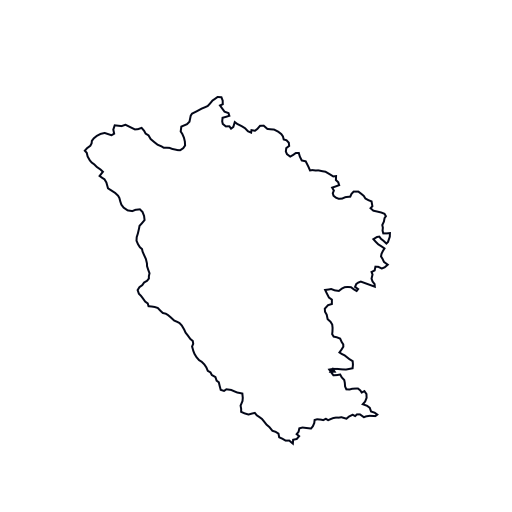 the district of Teixeira Soares, Paraná, Brazil, rotated 135°
{"feature_id": "56859067B67237420188697", "entity_name": "Teixeira Soares", "entity_type": "district", "adm_level": 2, "iso_a3": "BRA", "parent_name": "Brazil", "parent_adm1": "Paraná", "projection": "robinson", "projection_center": [-50.417, -25.31], "detail": "fine", "context": "isolated", "style": "outline", "palette": "ink", "viewbox_px": 512, "rotation_deg": 135, "n_neighbors": 0, "source": "geoboundaries", "source_scale": "gbopen_adm2", "svg_char_len": 5029}
<svg xmlns="http://www.w3.org/2000/svg" viewBox="0 0 512 512"><g transform="rotate(135 256 256)"><path d="M302.6,451.5L302.7,448.7L304.7,445.4L305.9,441.1L306.1,438.3L305.6,435.2L305.6,431.6L304.8,427.1L304.7,423.8L307.4,423.5L310.0,423.2L309.5,420.0L308.9,417.4L309.8,413.8L312.8,408.5L311.0,400.2L310.9,396.1L311.6,393.6L313.3,390.7L314.9,387.5L315.4,383.8L314.5,379.0L311.7,375.2L308.6,373.9L305.1,371.1L305.1,367.4L306.8,363.5L309.4,360.2L313.9,359.8L317.0,359.7L319.5,358.0L323.7,355.4L327.0,353.7L329.7,351.3L331.1,347.8L331.9,344.3L331.7,341.5L333.1,339.3L334.4,336.0L336.0,331.7L338.4,327.8L340.2,325.9L341.9,322.6L343.5,319.1L346.0,317.5L347.7,315.8L350.6,315.5L353.9,316.4L357.0,315.8L360.4,316.4L363.8,315.6L365.5,312.1L365.5,309.2L365.9,306.3L366.6,302.1L366.1,299.0L367.5,296.5L365.3,293.8L363.7,291.6L362.2,288.7L362.3,284.9L362.2,281.6L360.6,279.0L360.0,276.5L359.7,273.2L359.5,268.2L358.3,265.2L357.5,262.7L357.6,259.4L358.8,254.8L360.0,251.6L360.4,248.2L361.1,243.8L360.8,240.6L362.5,238.3L365.2,237.2L367.5,233.1L368.7,230.3L369.6,226.6L369.9,222.6L369.2,219.6L369.2,215.9L369.9,212.3L371.3,208.9L370.5,205.9L371.4,203.1L370.3,199.1L372.0,195.7L371.6,193.0L373.7,189.6L375.6,186.3L374.0,183.2L371.2,182.7L368.3,178.9L367.0,175.6L365.8,172.7L364.4,170.7L362.9,168.4L365.7,165.0L368.1,163.0L372.7,161.1L374.6,158.4L376.7,156.3L375.4,152.9L373.4,149.2L370.2,147.4L367.8,145.9L368.1,142.8L367.5,139.8L367.0,136.6L367.3,133.5L367.8,129.3L367.5,125.6L368.0,120.8L366.5,117.9L365.7,114.5L367.8,111.4L366.6,108.3L365.6,104.5L363.0,102.0L362.6,97.3L359.7,99.8L356.6,97.8L352.9,98.1L353.2,101.3L350.2,101.6L347.2,103.5L344.4,101.8L341.0,97.5L339.1,95.1L336.2,95.4L332.9,96.7L330.5,98.6L328.2,97.3L325.8,94.4L324.5,92.4L321.7,91.5L321.1,88.9L318.3,87.8L316.0,86.8L313.7,85.2L311.8,83.2L309.6,81.6L307.1,77.0L303.7,76.7L299.9,75.4L299.1,72.7L296.6,72.6L294.5,70.5L293.7,65.7L291.6,64.8L288.6,62.6L284.8,58.4L282.4,58.1L282.9,61.3L284.6,64.7L282.9,68.2L283.4,71.6L285.3,75.7L281.8,75.9L278.1,77.5L275.5,80.3L274.9,83.8L277.8,84.7L277.3,87.2L277.6,90.2L279.8,92.3L282.0,94.2L284.2,95.4L286.4,97.8L285.3,100.7L282.9,103.5L281.3,105.9L281.2,109.5L280.3,112.7L282.9,114.5L285.6,116.9L285.0,121.3L284.5,123.9L281.5,121.8L278.3,118.6L275.6,115.3L272.7,112.1L267.1,108.3L264.2,110.7L262.0,113.3L262.9,117.1L263.6,123.1L264.6,126.0L265.2,128.8L262.0,129.3L258.4,130.1L256.8,131.8L256.2,134.7L254.9,138.1L256.4,141.5L258.1,144.1L257.4,146.9L255.5,148.4L252.7,151.0L250.6,153.6L249.8,156.8L250.0,160.7L247.5,164.5L246.6,167.8L244.6,170.1L239.8,170.3L236.3,168.4L233.2,171.5L233.8,175.0L232.3,179.7L231.1,183.1L228.4,181.0L226.2,179.5L224.6,176.0L222.1,172.7L218.2,172.2L215.3,171.2L213.1,169.3L210.9,166.8L210.4,163.2L209.6,160.1L207.2,160.4L207.8,164.1L204.9,165.3L202.5,164.9L200.0,163.8L197.8,159.1L193.7,150.3L192.0,152.3L191.6,155.6L190.3,158.3L186.7,160.5L185.6,163.0L182.3,161.9L179.1,164.0L177.2,161.9L175.9,158.2L173.0,157.0L169.0,156.7L169.7,161.3L168.5,164.7L167.9,167.3L165.7,168.8L162.8,169.8L159.8,170.5L160.5,174.3L161.3,177.8L161.3,181.5L161.1,184.9L157.0,183.9L155.1,182.5L155.5,179.8L155.1,176.7L155.0,172.6L152.7,172.6L150.5,173.7L147.8,175.0L145.1,177.5L147.3,179.3L150.0,182.0L148.6,184.4L146.3,186.3L144.8,188.6L141.2,189.9L138.3,191.9L136.0,192.3L135.3,195.0L136.7,198.2L139.1,202.1L141.0,205.1L141.2,208.8L138.5,208.9L135.7,212.9L137.0,215.9L138.0,219.3L137.3,222.3L137.6,225.5L138.1,229.2L141.4,232.5L144.6,232.4L147.4,231.3L149.4,233.0L151.2,234.4L154.5,235.7L157.0,237.9L158.2,240.6L158.6,243.8L157.3,246.1L154.7,247.2L153.8,250.5L151.2,249.2L147.1,247.3L145.7,250.0L145.8,253.2L142.9,255.9L145.1,257.6L146.0,261.5L147.3,266.5L149.1,269.0L151.3,272.4L153.3,274.2L155.4,276.9L157.3,278.3L155.8,282.1L153.9,287.8L156.1,291.2L154.7,295.3L152.9,298.6L155.1,300.7L158.3,301.2L161.5,302.1L162.1,306.1L161.0,308.8L158.3,310.9L154.7,310.4L152.7,312.9L152.6,316.3L154.0,318.8L152.4,321.5L151.9,324.3L152.4,328.2L153.8,332.6L156.1,335.3L158.1,337.8L158.4,342.7L161.1,345.2L165.1,344.9L168.2,345.3L170.2,348.2L172.2,346.7L173.5,349.9L173.4,354.1L174.3,357.9L175.9,362.7L176.3,365.7L180.8,363.3L183.6,363.7L183.1,366.5L185.7,369.0L186.1,372.9L184.7,375.1L181.9,377.4L178.6,375.5L175.7,374.0L174.4,376.5L176.2,380.3L175.6,384.3L175.0,387.9L172.2,386.8L169.7,389.4L168.2,392.7L170.7,395.6L174.3,396.2L176.8,396.7L180.9,396.3L184.1,396.2L187.0,397.3L190.1,398.6L195.8,400.3L200.6,401.9L202.9,401.4L208.1,398.0L211.6,398.0L217.3,400.3L221.2,397.3L221.8,394.4L223.3,390.6L225.4,387.2L228.0,384.3L231.2,383.7L234.8,384.4L236.5,386.2L237.8,388.3L239.5,390.9L240.7,393.6L242.4,395.5L244.7,397.8L245.3,400.3L246.9,404.3L247.4,408.5L247.8,413.2L246.7,417.3L247.5,420.6L246.6,423.6L246.3,427.5L249.7,429.1L252.1,431.1L253.2,434.3L255.5,441.1L259.2,442.9L263.5,448.3L267.5,446.3L269.8,442.8L272.8,443.6L274.4,446.8L276.0,450.0L279.5,452.2L283.6,453.5L287.5,453.9L290.6,453.5L292.6,451.9L295.2,451.1L299.2,451.7L302.6,451.5ZM285.0,121.3L282.2,118.6L281.5,121.8L285.0,121.3Z" fill="none" stroke="#020617" stroke-width="2"/></g></svg>